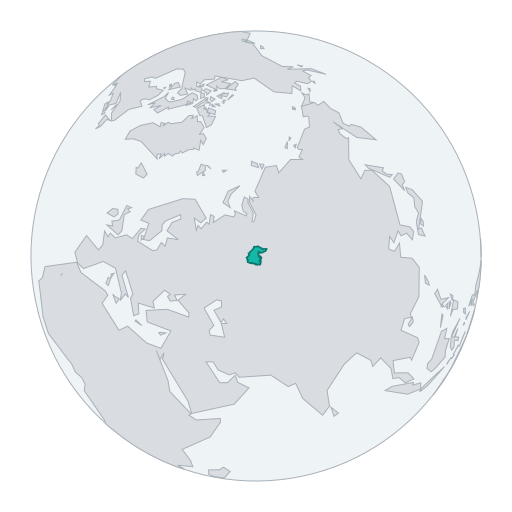 Tyumen' on an orthographic globe, rotated 348°
{"feature_id": "RUS-2398", "entity_name": "Tyumen'", "entity_type": "Region", "adm_level": 1, "iso_a3": "RUS", "parent_name": "Russia", "parent_adm1": "", "projection": "orthographic", "projection_center": [69.281, 57.561], "detail": "fine", "context": "on_globe", "style": "filled", "palette": "teal", "viewbox_px": 512, "rotation_deg": 348, "n_neighbors": 0, "source": "natural_earth", "source_scale": "10m", "svg_char_len": 14538}
<svg xmlns="http://www.w3.org/2000/svg" viewBox="0 0 512 512"><g transform="rotate(348 256 256)"><circle cx="256" cy="256" r="225" fill="#eef3f6" stroke="#a8b0b8"/><path d="M276.0,31.6L277.6,31.8L287.9,33.2L296.6,37.0L292.3,42.9L287.5,40.8L287.0,42.8L292.9,45.8L296.9,47.3L303.2,61.2L321.0,76.0L331.8,78.7L325.4,79.9L349.2,84.3L362.2,92.8L344.4,84.5L340.1,84.7L347.3,90.9L344.5,92.6L346.4,96.6L342.4,98.2L332.3,93.6L329.6,94.7L334.9,99.1L334.2,103.7L326.8,97.0L324.9,104.5L307.7,99.2L291.3,81.6L278.5,81.5L253.2,71.4L252.3,74.3L242.2,72.9L237.4,75.9L234.1,73.5L233.2,78.0L237.1,79.6L238.0,82.2L235.6,84.3L230.9,81.5L231.4,80.0L228.8,80.3L227.5,78.1L226.8,80.3L221.4,77.0L223.0,83.4L215.6,83.2L213.1,80.2L218.2,76.6L224.9,61.7L223.9,58.2L217.3,56.5L194.7,61.3L191.5,59.3L183.7,59.5L183.2,62.2L189.1,63.1L186.2,68.5L193.8,69.3L193.7,71.8L199.6,74.6L193.5,78.5L184.3,81.0L179.1,79.0L175.0,80.1L175.6,85.8L161.9,86.2L145.7,93.9L142.7,93.7L144.5,86.1L155.3,76.1L157.7,67.7L150.8,77.7L143.4,77.8L140.0,79.9L137.3,82.8L138.0,84.6L134.4,85.8L139.8,75.9L143.2,74.7L141.4,77.7L146.4,73.2L150.1,67.2L146.1,68.1L155.8,59.2L153.1,59.9L153.7,58.6L157.4,58.0L150.9,59.0L161.7,51.6L158.0,53.2L165.8,49.6L167.3,48.9L176.0,45.4L179.8,44.0L195.3,39.1L211.1,35.2L227.2,32.6L243.4,31.1L259.7,30.8L276.0,31.6ZM299.2,47.8L293.3,45.7L289.0,42.6L294.2,44.1L299.2,47.8ZM306.9,54.8L303.4,54.1L304.3,51.3L306.0,52.6L306.9,54.8ZM340.1,80.5L335.9,77.6L340.9,79.9L340.1,80.5ZM347.4,96.9L349.5,97.3L349.6,99.3L347.4,96.9ZM202.6,72.3L201.1,73.4L200.8,72.3L202.6,72.3ZM206.5,72.6L207.2,70.5L209.1,70.3L208.7,71.6L206.5,72.6ZM343.6,103.6L343.1,106.9L341.8,102.7L343.6,103.6ZM205.2,75.2L212.5,70.3L216.0,70.1L217.1,74.9L205.2,75.2ZM341.6,108.3L340.6,116.6L345.1,118.0L331.6,119.1L337.0,111.4L334.8,106.0L338.5,108.8L341.6,108.3ZM239.4,79.3L235.1,77.6L241.0,77.2L239.4,79.3ZM243.0,78.4L259.7,74.0L264.9,77.8L258.2,78.3L266.8,81.9L261.0,85.8L255.1,84.8L252.9,81.5L252.4,85.5L243.0,78.4ZM324.4,118.5L322.6,120.0L322.5,117.6L324.4,118.5ZM238.9,83.2L241.8,81.9L246.5,85.0L241.5,88.2L241.6,86.2L238.9,83.2ZM271.8,81.0L274.4,84.1L270.5,88.0L271.0,89.8L261.4,86.3L271.8,81.0ZM239.2,86.5L238.8,89.9L234.4,90.3L236.3,84.8L239.2,86.5ZM249.8,84.5L251.8,86.1L249.0,86.2L249.8,84.5ZM218.4,94.3L221.8,92.3L224.5,93.7L218.4,94.3ZM238.9,91.1L240.5,90.9L241.9,91.3L240.7,93.6L238.9,91.1ZM259.3,89.4L257.1,90.5L263.0,91.0L260.3,94.2L254.4,91.4L255.8,93.9L255.0,94.9L251.1,91.5L259.3,89.4ZM243.9,97.2L235.5,95.0L228.5,98.1L225.9,96.9L237.5,92.2L243.9,97.2ZM248.5,94.1L245.0,95.7L243.5,93.3L244.9,90.7L248.5,94.1ZM260.6,97.5L266.3,93.3L267.4,94.1L260.6,97.5ZM242.2,98.5L244.3,99.0L241.9,99.0L242.2,98.5ZM255.3,98.3L257.1,96.6L258.4,97.6L255.3,98.3ZM246.9,101.5L244.2,100.8L245.0,98.9L246.9,101.5ZM251.0,100.4L252.2,102.1L247.0,98.7L251.6,99.5L251.0,100.4ZM256.1,99.4L257.4,99.4L255.2,100.0L256.1,99.4ZM245.2,109.1L238.4,105.3L240.3,101.2L246.7,105.4L245.2,109.1ZM77.9,393.9L73.7,388.2L74.1,386.1L71.2,379.0L60.0,352.0L62.2,345.9L60.1,338.4L55.2,332.0L53.1,322.8L50.5,317.9L36.9,288.6L35.1,271.1L38.4,235.2L42.6,232.8L47.4,222.5L79.2,224.8L81.4,235.8L101.3,258.8L102.9,263.6L95.6,270.3L106.5,300.2L115.9,297.9L130.8,318.3L143.8,326.5L157.2,311.6L135.9,297.8L137.1,286.4L158.2,289.7L177.5,301.8L178.6,297.8L170.5,283.0L179.2,278.8L168.2,277.2L169.5,283.0L162.7,282.3L161.1,277.1L164.2,275.7L159.5,270.4L145.8,278.9L145.7,285.7L131.0,277.5L129.4,288.2L123.9,289.0L124.5,271.4L127.7,267.3L125.4,243.4L120.8,246.9L122.6,269.9L120.1,265.9L113.9,271.4L116.7,264.1L116.0,238.7L105.5,229.6L84.7,232.4L80.1,225.8L79.6,214.7L94.5,200.8L103.1,217.3L108.5,213.2L113.1,200.1L115.3,206.4L118.3,203.3L122.1,209.0L133.8,208.4L138.7,213.3L149.3,205.0L153.2,206.6L145.8,210.9L143.3,216.9L156.2,229.4L160.4,229.4L166.3,223.1L169.1,227.6L173.1,219.9L183.4,223.9L174.2,212.9L180.8,205.8L190.3,204.1L190.8,199.9L175.3,202.8L170.7,205.9L169.3,211.6L155.1,218.9L149.4,216.5L158.0,201.8L150.8,196.9L160.6,188.1L196.4,184.7L208.2,187.8L215.2,208.6L208.9,212.0L203.4,206.0L203.0,218.4L205.7,214.1L208.0,218.0L214.9,212.7L216.9,215.3L220.1,206.0L223.3,208.6L221.2,214.4L234.2,209.4L242.5,213.2L244.5,210.8L244.2,207.3L254.9,214.8L255.9,212.8L252.8,209.5L252.7,203.5L256.8,195.9L260.2,198.9L259.2,202.0L262.3,213.4L259.2,221.6L261.0,222.2L264.6,215.7L260.8,201.8L262.2,196.4L265.0,202.6L264.1,199.9L265.9,198.2L270.9,199.4L268.4,192.5L283.6,171.1L294.8,171.8L295.6,179.4L309.9,168.8L321.5,171.3L318.6,168.1L323.5,161.5L319.9,160.6L318.9,158.6L329.8,142.1L335.1,140.9L336.5,131.1L335.1,129.6L331.2,129.8L331.6,119.1L345.1,118.0L347.8,121.5L354.4,118.9L359.6,127.2L366.9,133.2L368.8,144.4L374.4,148.5L376.4,147.0L385.5,151.8L397.6,167.3L379.2,161.0L359.4,140.8L366.8,149.4L362.5,149.5L363.6,153.9L369.0,160.1L371.2,159.5L366.8,181.1L374.7,202.3L380.3,194.9L387.3,196.3L401.2,215.8L403.3,255.6L412.5,259.4L415.3,264.8L412.3,272.7L408.1,265.0L402.0,266.3L400.1,260.9L393.7,271.7L390.7,264.5L387.3,276.7L392.3,280.3L399.0,273.2L397.3,287.3L408.3,290.7L413.3,301.1L406.9,329.6L395.0,344.5L395.0,348.2L388.4,348.1L382.4,358.8L397.0,369.5L397.6,374.4L386.5,390.3L385.8,387.1L368.3,386.8L367.0,399.2L380.4,401.8L385.0,409.1L375.6,411.0L370.6,404.7L364.4,404.3L364.7,394.2L356.8,381.6L347.2,388.3L346.6,381.9L334.3,371.6L319.7,380.3L297.5,402.4L296.7,418.1L288.1,425.6L272.1,405.0L268.3,388.8L260.4,390.5L245.7,375.6L214.2,371.1L211.6,365.9L205.3,366.8L195.3,359.6L192.0,350.6L185.1,349.1L194.2,372.4L201.8,374.0L210.9,368.3L211.8,375.7L221.7,383.6L203.9,396.4L160.3,396.6L159.3,383.8L143.0,337.2L145.3,333.6L145.3,333.1L145.4,332.1L140.5,337.3L138.8,327.8L144.0,359.5L143.5,370.6L159.7,397.0L157.4,397.9L163.5,404.0L187.3,407.5L186.7,411.2L173.5,423.5L143.5,429.8L149.4,442.2L150.4,449.0L135.9,444.4L141.6,449.5L134.7,445.8L135.9,446.6L122.8,437.7L110.5,428.0L98.8,417.4L88.0,406.0L77.9,393.9ZM63.0,232.5L60.9,235.1L63.0,232.5ZM194.7,323.8L208.5,329.0L208.0,314.9L213.3,315.8L211.2,310.8L207.9,313.8L203.6,300.4L211.7,298.7L212.9,292.7L208.3,290.7L194.4,296.1L200.3,315.2L194.7,319.1L194.7,323.8ZM143.1,78.4L142.6,79.2L139.4,82.0L139.9,80.4L143.1,78.4ZM130.9,96.8L125.4,98.3L129.7,96.0L129.4,93.8L138.1,86.6L141.7,93.3L138.5,91.4L130.9,96.8ZM150.8,79.4L144.8,82.9L151.2,78.8L150.8,79.4ZM130.6,181.6L129.8,186.2L125.3,188.2L119.2,182.9L125.7,179.8L130.6,181.6ZM129.9,192.4L140.1,179.8L144.3,182.9L140.2,183.2L142.0,186.6L135.8,188.0L129.9,203.7L125.5,206.6L116.6,194.6L121.9,196.8L122.3,192.0L129.9,192.4ZM158.7,145.5L163.2,141.0L166.5,153.4L162.0,156.3L155.5,150.9L157.2,144.4L158.7,145.5ZM205.8,85.0L207.3,83.2L208.6,83.8L208.4,86.0L205.8,85.0ZM219.7,93.3L200.6,94.2L201.4,92.1L189.3,95.7L186.6,91.5L194.5,89.1L183.4,88.9L189.4,85.1L181.6,85.6L199.5,80.9L204.5,77.8L200.0,82.8L202.4,86.7L204.9,87.5L215.8,87.5L227.7,83.1L231.9,86.6L231.8,90.3L229.6,91.8L227.5,89.0L226.0,93.2L221.3,90.3L219.7,93.3ZM227.5,136.1L226.0,131.3L222.3,140.8L217.6,137.3L217.4,138.6L212.1,138.1L205.3,139.9L203.9,137.7L201.9,139.4L198.3,139.2L195.0,140.9L191.4,137.5L187.1,139.3L187.8,136.8L181.4,140.8L184.5,136.4L180.2,136.0L179.5,140.5L167.6,120.2L160.2,115.8L152.4,114.7L158.7,107.6L170.1,104.3L183.0,104.2L189.1,109.7L190.9,105.7L194.4,107.3L191.5,109.8L198.0,106.9L200.1,108.9L211.5,109.8L219.5,104.8L223.9,105.2L221.8,108.2L227.6,106.5L226.7,112.5L229.8,113.0L231.9,119.5L226.1,125.3L230.0,125.4L231.8,130.7L227.5,136.1ZM245.6,111.0L239.7,118.3L234.2,120.1L232.8,108.0L230.1,106.7L229.0,99.4L236.9,97.1L236.5,99.3L238.0,101.0L234.9,101.1L238.4,102.3L238.0,105.5L240.6,107.4L238.0,109.2L245.6,111.0ZM107.9,263.5L109.7,266.3L113.3,269.5L109.4,273.2L107.9,263.5ZM107.0,246.2L109.1,247.8L105.4,254.2L103.5,251.5L107.0,246.2ZM113.5,243.3L109.5,247.3L110.5,243.5L113.5,243.3ZM148.1,212.1L150.8,213.6L149.8,215.4L146.9,216.6L148.1,212.1ZM215.4,165.0L215.4,161.6L217.0,161.3L221.4,154.8L225.2,157.1L224.1,161.9L215.4,165.0ZM151.8,312.5L146.2,313.6L145.0,310.7L147.2,310.9L151.8,312.5ZM125.3,293.5L129.9,300.4L124.2,294.5L125.3,293.5ZM220.3,166.3L221.7,163.3L222.7,166.4L220.3,166.3ZM228.2,158.4L230.0,161.4L226.2,156.6L228.2,158.4ZM185.9,461.4L178.9,466.6L168.9,462.9L164.4,459.7L165.1,455.4L175.8,457.5L180.3,455.8L185.9,461.4ZM425.4,397.4L429.6,393.5L429.3,394.1L425.4,397.4ZM421.1,400.1L426.2,395.5L419.9,401.9L421.1,400.1ZM428.1,393.7L433.3,387.7L435.6,384.7L435.0,386.0L428.1,393.7ZM417.5,403.3L396.5,418.7L387.7,423.0L390.1,419.9L404.3,411.1L417.5,403.3ZM389.4,420.3L375.6,422.7L354.3,414.5L362.0,411.8L383.8,412.4L382.5,414.8L390.8,414.4L389.4,420.3ZM421.5,388.1L420.0,394.1L408.7,402.6L403.4,405.6L399.8,401.5L401.9,396.5L406.3,393.6L421.8,368.1L427.6,366.5L423.2,376.1L427.8,377.0L421.5,388.1ZM297.9,419.4L303.9,426.9L299.0,429.0L297.9,419.4ZM426.7,353.0L421.4,364.5L425.8,351.4L426.7,353.0ZM428.4,342.0L429.5,344.9L426.4,344.1L428.4,342.0ZM396.2,353.1L391.5,357.0L390.7,354.6L396.2,348.2L396.2,353.1ZM417.0,309.7L419.4,317.4L419.4,320.6L416.1,317.8L417.0,309.7ZM255.0,183.9L244.6,190.2L239.7,196.7L240.9,203.4L234.7,197.0L242.3,186.8L255.0,183.9ZM279.7,172.2L278.6,166.8L282.0,167.6L282.7,168.9L279.7,172.2ZM276.9,170.1L270.1,166.5L271.4,162.4L276.5,166.0L276.9,170.1ZM244.9,166.0L241.6,167.6L240.8,165.1L244.9,166.0ZM400.4,428.9L401.8,427.6L422.2,408.0L437.9,387.7L445.1,378.1L453.1,363.8L459.3,352.9L456.2,359.3L447.3,374.9L437.2,389.8L426.0,403.8L413.7,416.9L400.4,428.9ZM435.8,387.0L442.2,377.1L445.1,373.2L435.8,387.0ZM472.7,317.7L472.1,319.3L469.0,329.3L463.1,343.1L465.1,337.8L464.9,336.3L457.4,348.7L456.0,349.0L459.0,342.7L453.5,349.4L459.7,338.9L461.7,339.8L465.0,330.3L469.7,321.1L473.4,312.3L475.4,306.9L474.6,310.4L474.8,309.7L472.7,317.7ZM458.7,349.3L459.7,347.6L458.6,350.5L458.7,349.3ZM476.8,300.8L476.1,304.1L478.6,290.3L479.0,288.0L478.8,289.3L476.8,300.8ZM479.0,287.9L478.5,290.2L479.2,286.1L479.3,285.9L479.0,287.9ZM446.2,364.0L445.8,365.7L444.0,366.9L446.2,364.0ZM448.6,360.2L453.6,354.5L448.0,362.0L448.6,360.2ZM430.8,375.4L432.6,376.9L438.4,368.9L434.0,376.4L437.4,377.5L435.9,380.8L432.6,379.3L430.6,386.3L428.0,388.8L427.1,385.3L429.9,376.5L432.5,371.3L442.6,359.4L430.8,375.4ZM448.7,356.3L447.3,354.3L448.3,350.3L449.9,350.4L448.7,356.3ZM442.1,349.7L437.3,349.4L433.7,355.3L440.3,339.9L444.0,342.9L442.1,349.7ZM436.9,342.5L433.6,348.1L436.6,340.0L436.9,342.5ZM432.3,347.4L431.1,344.1L434.2,341.6L432.3,347.4ZM438.8,340.7L438.2,333.7L440.4,335.8L438.8,340.7ZM427.9,336.9L435.7,336.8L426.8,342.4L423.0,330.0L426.6,326.3L427.9,336.9ZM426.0,261.5L423.2,258.2L425.5,253.8L426.7,257.3L426.0,261.5ZM430.2,237.1L425.1,251.5L420.7,263.4L423.6,262.9L425.5,271.7L419.3,268.8L420.0,255.5L424.0,247.7L421.5,240.8L422.5,232.0L417.4,225.4L416.8,220.0L422.6,223.7L430.2,237.1ZM415.0,222.9L406.6,209.4L412.2,204.3L415.4,206.1L416.9,214.3L413.8,216.5L415.0,222.9ZM406.2,204.7L403.2,206.8L384.3,193.5L381.8,189.5L399.1,196.3L397.1,198.8L400.8,203.1L406.2,204.7ZM324.8,121.2L322.8,120.1L325.2,119.8L324.8,121.2ZM316.8,158.3L315.8,155.6L318.6,155.1L316.8,158.3ZM314.6,147.9L312.1,150.3L313.3,146.5L314.6,147.9ZM306.8,155.9L310.5,150.6L309.0,157.5L306.8,155.9Z" fill="#d9dde1" stroke="#a8b0b8" stroke-width="1"/><path d="M255.8,264.8L255.7,264.7L255.2,264.4L255.2,264.6L255.3,264.7L255.3,264.9L255.3,265.0L255.2,265.0L255.1,264.8L255.0,264.7L254.8,264.7L254.6,264.5L254.5,264.4L254.2,264.5L254.2,264.4L254.1,264.2L253.9,264.1L253.9,263.9L253.7,263.8L253.5,263.7L253.6,263.3L253.4,263.3L253.1,263.4L252.9,263.4L252.8,263.2L252.3,263.2L251.9,263.1L251.6,262.5L251.6,262.4L251.6,262.2L251.3,262.3L251.3,262.2L251.2,262.2L250.9,262.1L250.6,262.2L250.5,261.9L250.4,261.8L250.2,262.0L249.8,262.2L249.7,262.2L249.5,261.9L249.2,261.7L249.1,261.8L249.0,262.0L248.9,262.0L248.8,261.9L248.5,261.7L248.4,261.5L248.3,261.4L248.2,261.1L248.1,260.9L247.4,260.7L247.2,260.8L247.1,260.7L246.9,260.6L247.0,260.5L247.1,260.4L246.9,260.2L246.6,259.9L246.7,259.7L246.8,259.5L246.8,259.4L246.7,259.2L246.8,259.1L246.7,258.9L246.8,258.8L247.1,258.8L247.2,258.6L247.3,258.5L247.3,258.2L247.1,258.3L247.0,258.1L246.9,258.0L246.9,257.9L246.8,257.7L246.9,257.0L246.9,256.9L246.7,256.7L246.6,256.8L246.6,256.7L246.7,256.3L246.6,256.1L246.8,256.0L246.8,255.9L247.0,255.7L246.9,255.5L246.7,255.4L247.9,254.7L248.0,254.9L248.4,254.7L248.6,254.4L248.7,254.5L248.8,254.5L248.8,254.4L249.1,254.2L249.3,254.1L249.6,254.0L249.5,253.8L249.2,252.9L249.2,251.9L249.2,251.7L249.5,251.7L249.8,251.7L250.1,251.8L250.8,251.5L250.9,251.4L250.9,250.7L251.0,250.5L251.3,250.4L251.5,250.6L251.9,250.2L252.5,249.9L252.7,249.7L252.9,249.5L253.2,249.5L253.8,249.4L254.0,249.3L254.1,249.2L254.5,248.2L255.1,247.9L256.0,247.3L256.0,247.2L255.6,246.8L255.6,246.7L256.1,246.5L256.4,246.5L256.5,246.5L256.6,246.8L257.7,246.8L257.8,246.8L257.9,247.0L258.2,247.1L259.0,246.9L259.3,247.1L259.6,246.8L259.7,246.7L259.8,246.7L259.9,247.0L260.0,247.1L260.3,247.3L260.5,247.4L261.0,247.7L261.2,248.0L261.4,248.0L261.6,248.2L261.7,248.3L262.2,248.9L262.3,249.0L262.4,249.3L262.5,249.6L262.8,249.8L263.2,249.5L263.3,249.5L263.5,249.7L263.4,249.9L263.4,250.0L263.5,250.1L263.7,250.3L263.7,250.5L264.5,250.8L264.8,250.6L265.0,250.8L265.3,250.7L265.6,250.8L265.8,251.0L266.0,251.0L267.1,250.9L267.3,250.9L267.5,251.1L268.0,251.2L268.0,251.3L267.9,251.5L267.6,251.8L267.5,252.0L267.4,252.1L267.0,252.5L266.7,252.8L266.2,253.4L263.9,253.5L263.7,253.6L263.6,253.8L263.5,254.0L262.8,254.1L262.6,254.0L262.0,254.0L261.9,254.0L261.8,253.8L261.6,253.7L260.8,253.8L260.6,253.9L260.4,253.8L260.1,253.9L260.0,253.7L260.1,252.9L260.2,252.7L259.9,252.5L259.7,252.2L259.4,252.1L258.5,254.3L258.4,254.4L258.4,254.5L258.4,254.8L258.4,255.1L258.5,255.2L258.6,255.4L258.7,255.9L258.8,255.9L259.0,255.9L259.0,256.1L258.4,256.6L258.6,257.0L258.9,257.1L258.8,257.3L259.1,257.4L259.2,257.2L259.2,256.9L259.6,256.8L259.9,256.8L259.9,257.0L260.0,257.1L259.9,257.2L259.9,257.3L260.1,257.4L260.5,257.9L260.9,258.2L261.0,258.3L261.1,258.7L261.1,258.8L260.9,259.2L260.6,259.2L260.6,259.4L260.3,259.4L260.1,259.4L259.8,259.3L259.9,259.5L259.9,259.8L259.8,260.0L259.7,260.1L259.4,260.1L259.2,260.3L259.3,260.3L259.5,260.4L259.6,260.5L259.4,260.8L259.2,261.0L259.3,261.1L259.4,261.3L259.4,261.5L259.5,261.5L259.5,262.0L259.4,262.4L259.3,262.5L258.7,262.5L258.9,262.7L259.1,262.7L259.3,262.7L259.2,262.8L258.9,262.9L258.9,263.0L258.8,263.4L259.0,263.5L259.3,263.7L259.2,264.0L258.8,264.1L258.7,264.3L258.7,264.5L258.7,264.9L258.5,265.1L258.3,265.3L258.2,265.4L258.1,265.5L257.7,265.3L257.4,265.2L257.2,265.0L257.2,264.9L256.9,264.7L256.4,264.7L256.1,264.6L255.9,264.8L255.8,264.8ZM259.3,262.1L259.4,261.9L259.2,262.0L259.3,262.1ZM259.2,262.3L259.3,262.3L259.2,262.3L259.2,262.3Z" fill="#14b8a6" stroke="#0f766e" stroke-width="1.5"/></g></svg>